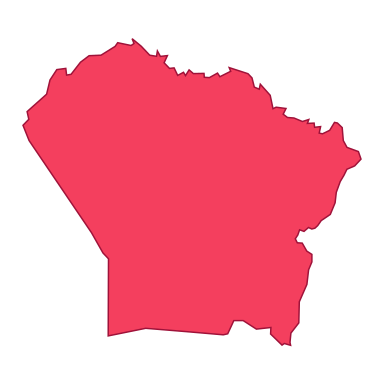 the district of Yona, Guam
{"feature_id": "77769853B72833595516841", "entity_name": "Yona", "entity_type": "district", "adm_level": 2, "iso_a3": "GUM", "parent_name": "Guam", "parent_adm1": "", "projection": "albers", "projection_center": [144.756, 13.405], "detail": "fine", "context": "isolated", "style": "filled", "palette": "rose", "viewbox_px": 384, "rotation_deg": 0, "n_neighbors": 0, "source": "geoboundaries", "source_scale": "gbopen_adm2", "svg_char_len": 1470}
<svg xmlns="http://www.w3.org/2000/svg" viewBox="0 0 384 384"><path d="M290.6,345.3L290.0,342.5L290.9,333.1L298.8,322.9L299.3,301.8L306.9,284.4L308.6,269.8L311.9,261.9L311.9,254.4L306.8,251.1L302.2,243.1L297.3,242.8L295.3,238.8L297.8,235.0L299.6,229.8L304.0,231.4L308.5,227.5L311.8,229.0L314.9,228.2L317.7,225.6L321.2,220.6L330.3,214.4L335.1,202.8L336.3,192.3L340.1,181.9L340.2,181.6L344.0,175.2L346.9,169.3L347.0,169.2L347.6,169.0L348.2,168.7L354.7,165.9L361.0,159.1L358.4,151.6L347.0,147.4L343.3,140.6L342.2,127.6L337.4,123.0L334.5,122.4L329.7,130.3L322.5,133.8L319.2,133.1L320.6,126.6L314.6,127.3L314.1,123.1L307.4,123.4L308.8,119.5L302.4,121.5L294.0,118.0L287.5,117.5L283.2,114.2L286.0,108.5L276.1,107.2L273.0,108.7L270.2,95.3L260.3,84.2L259.2,89.2L254.3,87.1L252.0,77.9L248.0,73.7L229.2,67.6L230.7,71.3L219.9,76.7L217.5,73.1L209.4,77.6L204.3,77.3L204.0,73.4L193.4,73.6L189.1,69.9L185.5,75.6L183.5,72.3L177.7,75.4L174.1,67.9L169.5,68.4L164.1,62.8L167.4,55.6L160.4,56.4L157.4,51.0L156.5,56.3L149.7,55.2L141.2,46.2L132.1,38.7L134.0,43.5L131.1,45.5L117.7,42.7L115.1,46.4L101.0,55.2L89.1,55.7L80.5,62.2L71.1,74.3L66.6,75.1L65.8,68.4L56.8,69.6L50.0,80.0L46.6,94.2L27.1,111.6L28.8,119.3L23.0,125.3L29.1,140.6L91.5,232.7L103.0,253.0L108.5,258.8L108.2,335.9L145.7,328.3L187.2,331.7L223.3,334.8L227.7,333.8L231.8,325.0L233.8,320.6L243.2,320.6L256.4,329.1L270.9,327.5L270.6,334.0L282.0,345.1L284.3,343.5L290.6,345.3Z" fill="#f43f5e" stroke="#9f1239" stroke-width="1.5"/></svg>